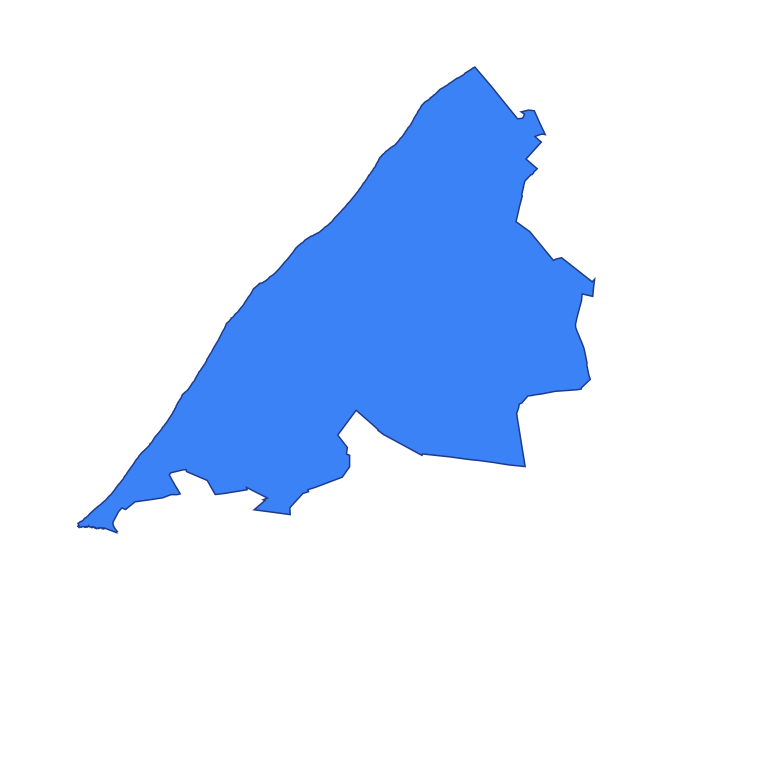 Užavas pag., Ventspils, Latvia, rotated 40°
{"feature_id": "27541924B2507062447698", "entity_name": "Užavas pag.", "entity_type": "district", "adm_level": 2, "iso_a3": "LVA", "parent_name": "Latvia", "parent_adm1": "Ventspils", "projection": "robinson", "projection_center": [21.426, 57.179], "detail": "fine", "context": "isolated", "style": "filled", "palette": "blue", "viewbox_px": 768, "rotation_deg": 40, "n_neighbors": 0, "source": "geoboundaries", "source_scale": "gbopen_adm2", "svg_char_len": 6098}
<svg xmlns="http://www.w3.org/2000/svg" viewBox="0 0 768 768"><g transform="rotate(40 384 384)"><path d="M545.2,356.5L506.5,323.1L505.9,322.3L504.8,321.8L502.1,315.0L500.5,312.6L501.8,309.7L501.9,300.7L505.6,296.7L505.7,296.2L511.1,290.4L519.8,279.6L535.6,264.3L538.3,261.1L537.7,259.8L539.0,247.8L536.1,246.1L533.6,244.3L526.6,238.6L526.1,237.5L524.4,236.1L516.1,229.5L513.7,227.8L511.1,226.3L497.2,219.1L494.3,217.3L492.3,215.1L488.6,208.0L485.3,200.8L485.0,200.4L481.8,193.3L478.2,188.1L478.0,187.4L479.7,186.7L487.6,182.7L483.2,176.4L478.0,168.4L477.8,171.9L438.9,173.1L435.4,177.8L434.3,180.4L398.0,173.6L380.8,174.8L375.9,165.1L373.9,161.4L369.1,151.1L367.9,150.6L363.9,142.7L363.4,142.6L362.8,140.7L361.5,137.9L362.0,129.3L362.8,128.6L362.9,126.2L362.5,125.2L363.0,120.6L348.2,120.4L349.0,97.6L341.3,97.5L340.5,97.4L343.9,91.6L344.9,90.6L347.2,89.3L334.8,83.6L323.5,78.1L318.8,81.1L314.1,87.4L318.3,87.0L319.4,91.2L316.2,94.7L315.4,94.9L290.0,90.0L275.0,87.0L249.9,82.8L249.0,84.8L248.3,87.8L247.2,90.7L247.0,91.8L246.3,93.5L246.3,95.3L246.2,95.9L244.3,101.3L243.4,102.8L241.3,110.4L240.6,112.6L240.5,113.9L239.4,116.9L238.7,119.4L238.3,120.1L237.5,122.3L236.9,129.6L236.3,131.0L236.4,132.3L235.5,135.2L235.7,135.6L235.7,137.4L235.1,138.6L234.1,141.8L234.0,143.1L234.1,144.1L233.8,145.1L233.8,146.9L234.5,149.3L234.8,153.5L235.6,155.9L235.6,157.6L235.9,158.7L236.0,160.2L237.0,164.3L237.9,169.0L237.7,172.6L238.1,174.1L238.1,175.4L238.8,180.7L238.9,182.1L238.9,183.5L238.6,185.8L238.9,188.1L238.8,193.8L238.4,195.1L238.0,196.0L237.9,196.8L237.2,198.6L237.2,199.3L236.7,201.1L236.7,202.2L236.0,204.3L235.9,205.2L236.0,206.7L235.4,209.5L235.5,211.5L235.3,213.0L235.5,214.3L236.2,216.8L236.7,220.3L237.6,223.1L237.5,224.7L237.7,225.7L237.6,226.1L237.9,226.7L238.0,227.5L238.1,230.4L238.4,231.4L238.4,232.0L238.5,232.7L238.4,233.4L238.1,233.8L238.5,234.9L238.8,237.1L239.2,238.3L239.0,239.7L239.4,241.4L239.2,242.6L239.2,243.7L239.8,247.1L239.9,249.1L239.9,250.7L240.3,253.2L240.2,255.6L240.4,257.1L240.4,260.7L240.5,266.5L240.2,269.1L240.4,273.3L240.1,276.9L240.1,280.4L239.5,288.0L239.5,290.0L239.7,292.1L239.6,294.1L239.2,295.7L239.2,296.5L238.7,299.7L237.9,301.8L237.8,304.0L236.9,309.2L236.3,310.8L235.7,311.8L235.4,312.8L234.4,315.0L234.2,316.2L232.9,318.0L232.6,319.4L232.0,320.9L231.9,321.7L231.1,323.9L230.9,325.8L230.9,327.3L230.0,330.1L229.9,331.6L229.5,333.0L229.1,336.9L229.7,341.5L229.6,343.5L229.8,348.5L229.8,352.4L229.6,354.3L229.7,358.7L229.5,365.6L229.1,370.1L228.8,372.0L227.7,375.3L227.6,378.0L227.1,380.7L226.2,383.1L226.1,384.0L225.1,385.8L224.2,386.5L224.4,387.1L223.9,387.6L224.0,388.0L223.1,393.8L223.0,394.6L222.8,395.0L223.3,396.7L223.5,398.3L224.1,401.1L224.2,402.1L224.1,404.1L224.7,407.8L224.7,409.5L225.0,410.8L224.9,411.3L225.3,412.2L225.5,414.9L225.4,418.0L225.5,418.6L225.5,420.7L225.7,421.1L225.6,423.4L225.1,425.8L225.1,426.7L225.3,428.1L225.3,430.2L224.6,431.7L224.8,432.0L225.0,432.9L224.9,433.6L225.0,435.5L224.5,438.2L224.5,439.1L226.0,443.6L226.8,448.3L227.3,450.1L229.0,457.4L229.5,461.1L230.5,466.8L231.4,470.8L231.7,473.6L232.3,476.7L232.4,478.5L233.3,480.6L233.4,482.2L233.9,483.9L233.9,485.8L234.1,486.3L234.3,489.8L234.8,491.7L234.5,492.5L234.5,493.5L235.3,496.7L235.5,498.7L235.8,499.4L236.0,501.2L236.7,503.3L236.6,506.5L236.8,507.7L237.3,511.6L237.4,513.1L237.4,513.7L237.5,514.1L237.3,516.3L236.8,518.6L236.8,519.2L236.5,520.5L236.5,522.1L237.3,524.5L237.6,525.7L237.5,526.4L237.7,527.1L237.7,528.1L238.0,528.7L238.0,530.0L238.4,532.3L238.6,532.7L238.9,534.0L238.8,534.3L239.4,535.2L239.5,535.6L239.6,536.4L239.5,537.2L239.9,537.7L240.3,539.5L240.2,540.3L240.9,542.4L241.7,549.9L242.1,551.6L242.0,553.5L242.3,554.3L242.1,555.1L242.2,555.7L242.1,556.3L242.4,556.7L242.5,557.2L242.2,558.6L242.3,560.2L242.6,561.0L242.7,562.7L242.7,569.2L242.6,569.7L242.7,572.4L243.5,577.7L243.5,578.7L243.2,579.6L243.2,580.2L243.3,580.7L243.6,580.9L243.7,582.1L243.4,586.2L243.0,589.2L243.0,589.8L242.5,593.2L242.7,593.7L242.6,594.5L242.7,595.1L242.6,597.0L243.0,598.7L242.8,600.8L243.7,608.2L243.8,611.5L244.1,613.2L244.0,614.0L244.2,615.4L244.2,616.6L244.4,617.7L244.7,618.3L244.6,620.5L244.8,622.3L245.3,624.3L245.2,626.7L245.4,628.8L245.2,632.4L245.4,633.8L245.3,635.0L245.5,635.4L245.4,636.0L245.7,637.9L245.9,643.9L245.5,646.7L245.4,648.1L245.5,648.9L245.4,652.2L244.7,655.5L244.5,658.2L243.7,661.1L242.6,667.9L242.3,670.6L242.0,672.1L242.0,675.1L241.6,678.0L241.1,678.8L241.0,680.6L241.1,681.7L240.9,682.3L240.8,683.2L240.5,683.5L239.9,684.6L239.7,685.4L239.8,685.6L239.1,687.4L240.7,688.3L241.2,688.3L240.8,689.8L242.6,689.9L242.5,689.3L243.0,688.9L244.1,688.5L244.6,687.4L244.5,687.1L244.8,686.8L245.4,686.5L245.8,686.1L246.7,686.2L247.1,684.8L246.8,684.7L247.9,684.6L248.0,685.0L248.2,684.8L248.6,684.6L248.4,684.1L249.0,684.0L248.7,683.9L248.8,683.6L249.3,683.2L249.1,682.5L249.5,682.7L250.2,682.6L251.0,682.4L251.6,682.0L251.8,681.7L252.1,681.9L252.3,681.4L253.0,681.3L253.1,680.9L252.9,680.8L253.7,680.4L253.4,680.2L254.1,680.0L254.9,680.3L255.5,679.9L256.1,679.8L255.8,679.5L256.1,679.5L256.5,679.1L256.9,679.2L257.2,678.9L257.4,678.4L258.3,678.2L258.6,677.6L258.4,677.3L258.8,677.3L259.0,676.7L259.7,676.1L259.8,675.8L260.2,675.7L260.7,675.9L260.6,675.5L261.4,675.3L261.7,675.5L262.4,675.3L262.1,674.8L262.5,674.7L262.6,674.4L262.3,674.1L274.9,669.7L273.6,668.4L273.8,668.3L270.9,667.7L267.6,666.4L265.3,664.3L262.7,652.3L262.9,647.4L266.7,646.3L269.0,634.3L280.2,621.9L287.7,613.3L292.0,605.6L296.7,601.7L298.5,599.2L291.9,596.8L291.9,597.0L278.0,591.7L277.7,589.1L285.3,578.9L287.5,576.8L289.0,578.0L310.6,571.5L325.6,577.1L325.9,577.0L332.4,570.1L347.1,553.0L345.1,551.6L368.0,546.3L365.8,550.3L367.7,549.7L365.4,563.8L396.1,544.3L391.4,539.3L392.2,520.1L395.4,514.9L393.5,514.1L397.7,507.5L411.9,482.2L410.9,469.6L403.5,460.7L400.3,461.8L396.7,456.2L381.4,452.9L379.8,426.2L379.6,422.0L403.0,422.5L408.6,422.8L408.8,423.2L409.2,423.4L416.3,423.0L427.3,420.7L458.9,414.3L458.7,413.1L458.5,412.8L482.2,396.9L495.3,388.7L501.7,384.5L505.2,382.0L516.3,375.0L532.0,365.5L545.2,356.5Z" fill="#3b82f6" stroke="#1e3a8a" stroke-width="1.5"/></g></svg>